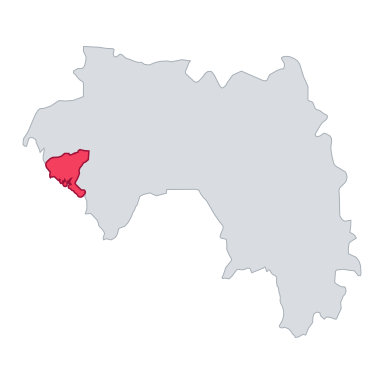 Boffa highlighted on a map of Guinea
{"feature_id": "GIN-5628", "entity_name": "Boffa", "entity_type": "Prefecture", "adm_level": 1, "iso_a3": "GIN", "parent_name": "Guinea", "parent_adm1": "", "projection": "natural_earth1", "projection_center": [-14.034, 10.295], "detail": "fine", "context": "in_parent", "style": "filled", "palette": "rose", "viewbox_px": 384, "rotation_deg": 0, "n_neighbors": 0, "source": "natural_earth", "source_scale": "10m", "svg_char_len": 5472}
<svg xmlns="http://www.w3.org/2000/svg" viewBox="0 0 384 384"><path d="M241.6,269.8L238.1,269.3L236.5,270.1L231.8,276.4L229.0,278.9L224.7,278.1L223.1,278.6L222.0,277.8L223.5,274.4L225.8,267.5L231.5,260.5L231.6,259.1L229.3,255.0L226.8,249.5L226.8,243.5L226.3,239.3L221.2,238.1L220.3,237.3L220.1,235.9L223.0,228.5L223.2,227.0L222.8,225.7L219.7,221.9L214.8,214.9L206.4,200.5L203.3,197.5L200.3,193.1L199.1,190.3L196.0,189.3L166.8,189.5L166.3,193.2L156.2,195.8L150.0,192.9L143.2,194.5L139.8,196.5L137.2,204.8L135.8,206.6L134.3,210.4L132.9,212.5L131.4,216.6L128.2,222.5L124.7,226.3L118.9,228.4L117.1,234.6L115.7,236.9L113.4,238.7L111.0,239.9L106.3,238.7L103.6,239.8L103.1,238.2L104.6,233.3L103.4,230.8L98.8,225.7L98.4,223.2L97.0,220.0L90.9,213.5L85.3,213.9L86.9,208.4L86.8,201.0L84.9,197.0L85.4,193.0L84.3,193.2L82.4,196.0L79.4,195.1L73.2,190.8L70.1,186.6L69.8,183.0L69.1,181.6L67.2,182.3L63.3,182.3L51.6,175.9L43.2,159.8L43.1,156.2L44.3,149.9L44.0,148.2L40.1,152.4L39.4,149.6L36.5,143.2L35.6,139.5L32.8,137.8L30.6,137.5L28.8,138.7L26.5,146.3L24.8,146.2L23.0,144.6L23.4,139.0L27.9,132.0L35.5,114.2L38.2,110.1L39.9,108.7L43.5,108.5L50.5,106.1L59.0,100.6L65.6,101.0L73.3,100.4L83.4,96.6L83.5,84.6L83.1,82.0L79.5,79.6L77.5,77.5L75.7,74.9L73.5,73.0L73.6,71.0L78.0,68.5L82.1,68.5L83.5,67.5L84.5,65.8L85.7,61.5L86.1,57.0L83.4,50.9L83.5,46.5L98.3,47.2L106.4,48.4L113.0,48.7L114.1,49.7L113.2,53.9L114.0,56.3L116.3,57.0L120.0,54.1L121.9,54.7L126.1,58.4L129.9,59.4L134.2,61.3L138.1,62.4L141.6,62.3L144.3,64.3L149.2,65.0L155.6,62.4L160.6,61.3L167.6,61.0L171.3,61.8L182.0,59.7L190.4,60.9L189.1,62.3L185.3,71.9L185.7,73.6L194.3,81.7L196.4,82.3L198.7,81.2L202.3,77.4L205.2,73.4L208.0,71.4L211.3,71.5L213.9,74.4L220.0,86.4L221.6,87.9L223.0,87.8L225.7,85.6L227.0,83.0L232.7,75.1L241.4,71.1L262.2,80.2L265.2,80.9L267.0,80.2L269.6,74.8L277.4,70.3L281.1,69.0L283.3,68.9L284.1,67.4L284.5,65.2L284.0,63.0L281.6,58.9L281.5,57.7L282.9,56.9L285.9,56.3L289.7,56.7L294.1,58.5L297.6,61.0L299.6,64.0L303.6,76.7L308.0,86.6L307.9,99.9L309.8,101.2L312.0,101.8L313.0,102.9L315.1,108.3L317.1,109.9L319.5,110.3L324.0,113.8L326.9,115.2L327.4,116.3L327.3,117.7L326.1,119.6L321.8,123.2L319.7,126.4L315.3,133.9L315.2,135.3L316.1,136.3L318.0,136.5L319.9,136.0L324.0,133.2L327.2,134.2L330.3,136.3L331.4,138.5L331.7,141.3L331.0,145.0L330.9,149.2L332.0,156.2L333.6,163.2L335.2,165.8L345.5,172.0L346.5,174.3L347.1,176.9L346.3,180.5L345.3,182.4L339.7,187.9L338.9,190.5L339.3,195.4L339.8,216.0L342.0,219.5L344.7,221.2L350.9,220.3L350.7,226.0L349.9,232.4L353.5,234.3L355.4,236.3L356.4,238.1L350.7,241.5L349.0,243.5L348.3,248.8L348.5,253.8L356.2,257.3L359.1,261.4L360.5,265.7L361.0,273.8L360.3,275.7L358.3,275.7L354.4,270.8L348.5,270.2L344.1,269.3L336.7,269.9L335.5,271.4L334.6,282.2L336.4,284.0L339.9,286.0L342.2,286.9L344.2,286.7L345.6,288.0L346.0,291.5L345.0,294.1L343.0,296.5L340.6,302.7L341.2,308.4L337.1,317.5L335.9,319.3L330.4,317.5L326.8,316.9L324.2,319.2L320.6,315.7L319.9,312.9L318.6,312.3L316.2,312.3L314.0,313.9L313.0,316.7L312.6,322.6L308.5,328.1L305.7,335.0L302.5,334.3L301.7,335.2L298.3,337.0L295.3,337.5L294.5,335.6L292.7,334.1L290.8,331.2L288.6,328.8L284.3,327.2L282.7,327.9L280.7,327.7L279.4,326.8L279.5,325.4L281.7,321.8L283.0,318.5L283.7,314.9L283.7,311.5L282.5,306.6L280.5,302.8L280.1,300.6L280.3,297.4L279.8,294.5L279.2,292.9L278.3,287.3L277.2,286.3L276.5,281.8L276.7,277.3L275.1,275.5L272.5,274.3L271.0,272.5L270.0,270.5L269.1,269.9L268.3,270.0L267.6,271.2L266.7,271.5L265.2,267.2L264.6,267.0L263.5,268.0L251.7,272.8L250.1,268.7L247.8,268.0L243.9,269.7L241.6,269.8Z" fill="#d9dde1" stroke="#a8b0b8" stroke-width="1"/><path d="M85.3,191.7L85.2,191.6L85.0,192.3L84.9,193.3L84.8,193.8L84.3,194.2L83.4,195.7L82.8,196.0L82.6,196.4L81.0,197.1L80.8,197.1L79.9,197.0L79.0,196.8L78.3,196.5L78.1,196.2L77.8,195.6L77.1,194.6L76.4,193.8L75.7,193.4L74.5,192.5L74.2,192.1L73.7,190.9L73.2,190.7L72.5,190.6L72.1,190.5L71.7,190.2L70.8,189.1L70.2,188.7L69.7,188.6L69.2,188.4L68.5,187.8L68.3,186.4L69.0,184.9L70.2,184.1L71.4,185.1L71.1,184.4L70.5,183.5L69.9,182.9L69.6,183.0L69.2,183.7L68.6,183.4L68.0,182.8L68.2,182.5L69.1,182.0L69.9,180.9L71.2,178.5L70.5,178.8L70.0,179.3L69.1,180.5L68.6,180.8L67.4,181.5L67.1,181.7L67.0,182.4L67.1,184.9L66.9,185.5L66.5,186.0L66.0,186.4L65.2,186.5L64.1,186.2L63.3,185.3L62.9,184.3L63.0,183.2L63.7,182.4L64.8,181.4L65.5,180.5L64.8,179.6L64.7,180.3L64.1,180.8L63.4,181.0L62.7,181.0L62.8,182.2L62.0,183.1L61.0,183.5L60.5,183.0L60.3,182.7L60.0,182.2L59.7,181.6L59.5,180.8L59.7,180.5L60.0,180.1L60.2,179.8L60.0,179.4L59.7,179.3L59.3,179.5L59.2,179.7L58.8,180.6L57.8,180.0L55.0,177.1L54.5,176.8L53.9,176.6L53.2,176.7L52.6,176.9L52.0,177.0L51.4,176.6L50.4,177.7L50.0,177.1L49.8,175.8L49.8,174.6L50.2,172.9L50.2,172.2L49.9,171.5L49.7,171.2L49.4,171.0L46.6,167.6L46.1,166.4L45.9,165.3L45.9,164.0L46.2,162.7L46.6,162.1L48.3,160.5L50.1,158.8L52.6,157.5L58.5,157.2L61.7,156.0L64.5,153.5L68.9,153.5L69.7,155.0L71.8,154.6L74.4,153.1L74.8,153.5L75.0,153.6L75.3,153.2L75.5,153.0L76.0,152.7L76.3,152.6L78.0,152.3L78.4,150.6L78.8,150.5L79.1,150.3L79.5,149.9L79.8,149.7L80.3,149.6L81.5,150.2L82.0,150.3L82.8,150.2L83.3,150.3L83.8,150.6L88.9,151.0L88.3,159.6L86.1,161.5L85.3,162.1L83.4,162.9L82.3,164.8L79.8,168.1L79.0,170.3L79.4,173.3L78.4,176.4L77.1,179.2L75.4,182.2L75.2,182.5L75.1,182.9L75.3,183.6L75.4,183.9L75.6,184.3L75.8,184.6L81.0,189.7L81.2,189.8L81.4,189.9L82.0,190.0L83.8,190.0L84.1,190.1L84.5,190.3L84.9,190.8L85.3,191.6L85.3,191.7Z" fill="#f43f5e" stroke="#9f1239" stroke-width="1.5"/></svg>